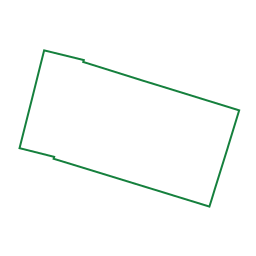 Utracán, La Pampa, Argentina (Albers equal-area conic projection), rotated 16°
{"feature_id": "61730980B38803740288067", "entity_name": "Utracán", "entity_type": "district", "adm_level": 2, "iso_a3": "ARG", "parent_name": "Argentina", "parent_adm1": "La Pampa", "projection": "albers", "projection_center": [-65.237, -37.33], "detail": "fine", "context": "isolated", "style": "outline", "palette": "green", "viewbox_px": 256, "rotation_deg": 16, "n_neighbors": 0, "source": "geoboundaries", "source_scale": "gbopen_adm2", "svg_char_len": 487}
<svg xmlns="http://www.w3.org/2000/svg" viewBox="0 0 256 256"><g transform="rotate(16 128 128)"><path d="M29.3,177.3L31.6,177.2L65.0,176.1L65.0,176.9L65.0,178.1L66.9,178.1L187.0,180.3L188.6,180.3L190.4,180.4L191.3,180.4L227.9,181.1L228.1,173.9L228.3,161.9L228.4,158.1L229.3,119.7L229.3,118.1L230.0,80.4L141.7,78.6L129.6,78.4L68.1,76.9L66.8,76.9L66.8,75.2L66.8,74.9L28.5,76.4L26.0,76.5L26.5,92.0L27.7,126.9L28.2,143.2L29.3,177.3Z" fill="none" stroke="#15803d" stroke-width="2"/></g></svg>